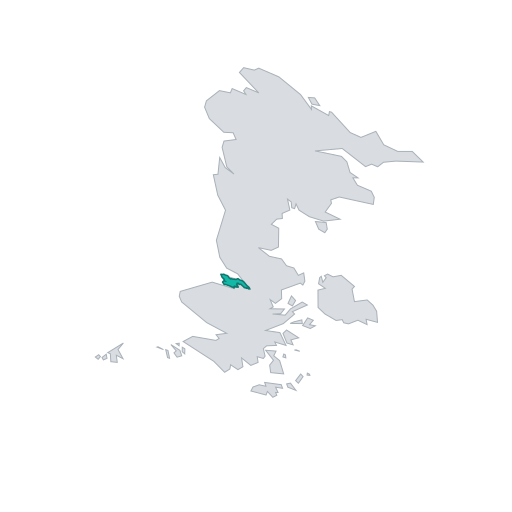 Fife highlighted on a map of United Kingdom, rotated 219°
{"feature_id": "GBR-2021", "entity_name": "Fife", "entity_type": "Unitary District", "adm_level": 1, "iso_a3": "GBR", "parent_name": "United Kingdom", "parent_adm1": "", "projection": "equal_earth", "projection_center": [-3.169, 56.241], "detail": "fine", "context": "in_parent", "style": "filled", "palette": "teal", "viewbox_px": 512, "rotation_deg": 219, "n_neighbors": 0, "source": "natural_earth", "source_scale": "10m", "svg_char_len": 5109}
<svg xmlns="http://www.w3.org/2000/svg" viewBox="0 0 512 512"><g transform="rotate(219 256 256)"><path d="M276.3,374.8L252.3,387.2L244.7,386.4L235.5,380.1L225.9,380.9L229.9,377.7L221.7,374.8L207.2,378.9L201.0,376.0L197.3,369.9L228.5,354.2L233.2,346.7L230.5,344.4L229.9,333.7L213.8,337.5L225.4,325.7L239.3,320.1L251.4,318.7L257.7,321.7L255.8,317.1L258.6,316.0L262.7,320.2L267.3,320.0L258.6,313.0L262.5,305.5L259.1,301.7L263.1,297.7L264.0,290.3L255.8,291.9L244.2,277.1L247.7,270.0L259.4,264.0L245.4,264.2L234.3,269.8L226.2,267.6L219.0,270.5L210.9,267.6L208.3,272.9L202.2,267.2L201.3,262.9L204.5,262.8L214.9,245.6L209.2,239.0L211.1,231.4L217.6,231.0L210.6,227.3L211.9,223.8L200.6,232.7L200.5,226.8L206.6,221.3L196.1,228.4L195.9,236.6L191.1,249.3L185.3,250.2L192.7,235.6L189.5,235.2L192.2,220.7L201.7,204.1L189.2,211.5L176.4,205.4L187.3,201.0L183.8,199.4L191.2,192.9L192.0,188.6L185.9,183.9L185.8,181.0L191.7,178.5L187.4,174.6L191.2,167.7L203.1,167.7L196.5,161.7L198.5,156.3L207.3,155.5L205.2,151.7L207.2,145.9L222.5,147.6L258.8,143.7L254.6,153.7L234.0,165.2L232.8,168.7L237.5,169.7L230.1,177.5L252.4,173.2L284.8,173.5L290.3,176.4L292.6,180.8L273.6,208.1L252.0,217.0L263.4,215.9L269.6,218.5L269.0,220.6L250.5,228.1L239.1,225.9L259.0,230.6L271.1,228.1L283.3,232.2L296.7,243.3L308.5,272.4L324.0,279.2L340.3,292.3L337.0,295.6L346.2,309.7L335.5,305.3L324.7,305.8L334.8,306.9L350.7,319.1L353.2,325.2L344.8,334.0L351.3,337.4L358.9,331.9L378.7,333.4L389.6,339.3L392.2,345.4L388.5,361.5L378.6,366.7L379.9,371.1L365.5,375.2L369.6,376.6L369.5,380.8L356.5,384.5L384.4,388.2L384.1,394.6L374.3,399.4L372.1,403.7L350.9,409.6L323.0,409.5L305.1,404.8L307.5,407.5L287.9,410.9L289.8,414.4L287.8,415.3L260.5,411.2L249.1,414.2L241.3,428.3L226.7,422.8L211.6,426.5L200.4,435.6L185.2,434.2L207.0,417.8L215.9,409.1L217.6,401.9L224.0,400.1L227.1,394.4L256.7,393.8L276.3,374.8ZM177.6,294.6L160.3,294.3L160.5,290.7L150.8,282.5L141.9,291.8L134.2,291.4L127.5,289.0L119.8,280.9L130.6,276.1L126.5,272.6L136.4,270.2L141.4,261.5L145.8,259.3L148.9,260.8L153.2,256.3L166.1,254.3L175.4,255.1L186.4,268.5L181.8,274.5L189.9,273.8L192.9,279.3L192.5,281.3L187.5,277.6L187.8,283.3L190.4,283.7L189.0,287.0L183.0,288.3L177.6,294.6ZM175.9,152.3L172.5,157.9L166.3,161.0L169.7,163.2L155.4,171.9L152.1,169.9L158.2,166.4L153.0,163.8L154.9,162.3L152.2,160.9L154.0,156.8L161.9,157.9L160.7,154.3L175.0,147.9L175.9,152.3ZM176.7,179.8L176.8,186.0L189.2,188.8L180.6,194.7L179.4,189.6L171.8,189.6L160.3,181.8L171.2,174.6L176.7,179.8ZM302.3,82.5L307.7,88.4L310.4,87.6L304.3,104.9L304.4,96.5L294.7,92.5L302.1,91.0L296.9,86.0L302.3,82.5ZM185.7,217.7L171.3,219.3L176.1,212.8L171.3,210.3L177.2,207.8L186.3,212.8L185.7,217.7ZM224.1,316.3L231.5,320.2L222.5,326.1L217.5,321.7L217.2,317.4L224.1,316.3ZM176.0,231.3L176.9,240.4L171.0,242.1L171.2,236.3L166.0,239.1L168.2,233.8L176.0,231.3ZM258.8,129.1L258.3,132.1L266.4,133.6L255.8,134.8L250.9,131.7L253.7,127.7L258.8,129.1ZM203.3,247.3L197.2,246.3L196.3,240.1L201.3,239.3L203.3,247.3ZM315.1,412.2L309.9,415.8L301.1,413.0L308.1,409.2L315.1,412.2ZM180.2,235.2L177.5,232.6L187.0,225.1L185.0,228.8L180.2,235.2ZM148.7,174.1L151.7,175.9L149.2,178.9L140.4,176.7L148.7,174.1ZM147.0,192.4L143.5,191.9L143.0,183.8L146.8,184.1L147.0,192.4ZM310.6,85.4L307.4,82.7L309.2,79.2L311.8,80.2L310.6,85.4ZM267.2,126.4L265.0,127.2L258.8,122.1L260.8,121.4L267.2,126.4ZM255.9,138.7L252.9,139.1L249.8,135.1L253.1,135.2L255.9,138.7ZM317.3,76.4L316.1,80.3L313.6,79.9L313.7,76.4L317.3,76.4ZM275.0,123.8L269.0,125.0L275.6,122.9L275.0,123.8ZM172.7,197.3L170.9,197.7L168.7,195.6L171.6,194.5L172.7,197.3ZM262.9,137.7L260.8,139.9L259.3,137.8L262.9,137.7ZM165.7,208.4L162.0,209.5L167.0,207.1L165.7,208.4ZM142.4,197.3L140.0,197.8L139.0,197.1L141.4,195.6L142.4,197.3Z" fill="#d9dde1" stroke="#a8b0b8" stroke-width="1"/><path d="M253.2,217.4L253.5,217.4L254.1,217.3L255.2,216.8L256.3,216.6L261.6,214.8L261.9,214.6L262.1,214.2L262.7,214.0L263.4,213.9L263.8,214.1L264.3,214.4L265.3,214.5L265.6,214.9L265.6,215.5L265.4,216.1L265.1,216.6L264.6,216.9L265.3,216.9L265.4,217.0L265.5,217.5L265.9,217.7L266.1,217.7L266.3,217.8L266.5,218.0L269.0,218.2L269.5,218.4L270.5,219.0L271.7,219.6L271.7,219.8L270.2,220.8L269.7,221.5L269.1,221.7L267.8,221.9L266.1,222.7L265.5,222.8L264.8,222.7L263.2,222.1L261.9,222.1L261.3,222.2L261.0,222.5L260.8,222.8L259.3,223.5L257.8,224.6L257.4,224.8L256.9,225.0L256.6,225.3L256.2,226.4L255.9,226.9L255.5,227.1L253.6,227.2L253.1,227.3L252.1,227.8L251.1,228.1L250.0,228.2L249.0,228.2L244.6,227.3L242.2,227.3L241.2,227.1L240.2,226.6L240.3,226.5L240.8,226.2L241.0,225.8L241.7,225.8L243.3,225.5L243.3,225.3L243.0,225.2L242.9,225.0L243.3,224.8L244.6,224.6L244.8,224.5L245.0,224.1L245.5,224.0L246.1,224.3L247.6,224.3L249.9,224.5L250.4,224.2L250.6,223.7L250.9,223.6L251.6,223.5L252.4,223.7L252.9,223.5L253.0,223.4L252.4,223.3L252.1,223.1L252.3,222.9L253.3,222.5L253.2,221.8L252.5,221.3L250.9,221.2L251.0,220.6L250.5,220.4L251.3,219.7L252.2,219.7L252.5,219.6L252.4,219.1L252.5,219.0L253.3,219.1L253.8,218.9L253.8,218.7L253.1,218.3L253.1,218.2L253.5,218.0L253.3,217.6L253.2,217.4L253.2,217.4Z" fill="#14b8a6" stroke="#0f766e" stroke-width="1.5"/></g></svg>